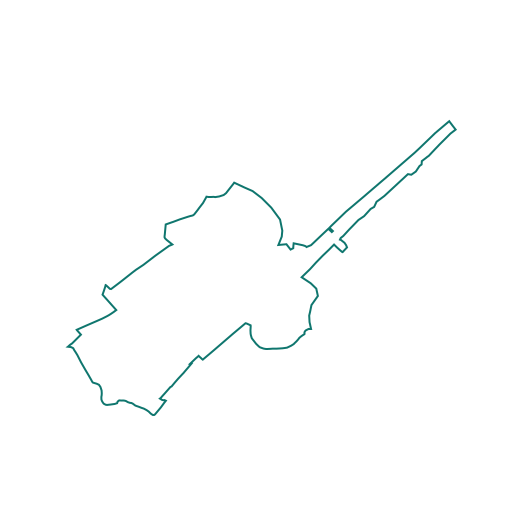 outline of Darasti-Ilfov, Giurgiu, Romania, rotated 198°
{"feature_id": "2599482B23648906177266", "entity_name": "Darasti-Ilfov", "entity_type": "district", "adm_level": 2, "iso_a3": "ROU", "parent_name": "Romania", "parent_adm1": "Giurgiu", "projection": "albers", "projection_center": [26.019, 44.304], "detail": "fine", "context": "isolated", "style": "outline", "palette": "teal", "viewbox_px": 512, "rotation_deg": 198, "n_neighbors": 0, "source": "geoboundaries", "source_scale": "gbopen_adm2", "svg_char_len": 4051}
<svg xmlns="http://www.w3.org/2000/svg" viewBox="0 0 512 512"><g transform="rotate(198 256 256)"><path d="M113.9,443.9L123.6,428.2L133.6,409.4L137.1,403.1L155.3,372.9L169.7,349.3L171.2,346.8L184.1,326.0L187.4,319.8L193.8,307.8L194.9,305.5L190.6,303.5L191.3,302.2L195.4,304.1L195.6,304.2L196.0,303.5L201.3,293.8L205.4,286.2L207.0,283.3L210.7,280.2L210.9,280.4L212.5,280.7L214.8,280.7L218.6,280.3L224.1,279.7L223.6,277.3L223.0,274.9L225.1,272.8L230.7,276.6L238.1,273.4L237.5,282.4L238.8,288.2L244.4,298.1L256.4,306.7L268.5,312.9L279.3,316.7L288.3,317.6L299.4,319.0L299.9,317.4L302.6,310.1L303.9,306.5L305.6,304.0L308.5,301.9L309.3,301.3L313.0,299.4L313.7,299.3L314.5,299.2L315.0,299.0L317.3,298.1L319.2,297.5L319.6,297.4L320.9,297.2L321.4,297.1L321.4,296.9L322.8,289.9L322.9,289.7L325.3,283.0L325.3,282.8L326.2,280.3L327.6,276.5L328.4,275.3L329.6,274.4L330.4,274.0L332.0,272.9L333.0,272.2L339.2,267.7L339.5,267.5L345.9,262.4L346.1,262.3L351.6,258.1L349.4,248.3L349.2,247.2L348.9,245.9L348.6,245.3L347.8,244.6L346.0,243.7L339.1,241.1L339.5,240.7L341.8,238.8L351.6,225.5L353.2,223.2L360.4,212.7L365.8,205.9L368.8,201.6L368.9,201.4L370.3,199.3L372.5,196.0L374.9,192.4L375.7,191.2L378.5,187.1L383.6,179.8L384.8,179.6L387.3,180.8L389.6,181.8L389.9,181.9L390.0,181.9L390.0,181.5L389.9,180.0L389.9,179.1L389.9,177.7L389.9,177.0L389.9,176.4L389.9,175.3L390.0,171.8L372.2,161.4L374.1,158.7L376.2,156.0L377.7,154.2L379.1,152.7L382.8,149.0L385.7,146.4L396.0,137.3L403.7,130.4L403.3,130.1L398.2,127.1L399.8,124.0L402.8,118.1L403.6,116.6L403.8,116.1L405.1,114.5L405.9,113.2L406.6,111.9L406.8,111.6L404.2,112.1L403.6,112.2L402.5,112.0L401.3,111.8L399.8,110.3L397.9,108.8L395.3,106.6L393.8,105.1L389.5,100.8L386.2,97.8L383.0,94.9L379.1,91.5L375.9,88.6L374.9,87.7L372.8,85.7L371.9,85.2L368.0,85.3L365.6,85.0L363.5,83.4L361.3,80.4L360.3,77.9L359.8,76.1L359.5,74.1L358.7,71.8L357.8,70.6L356.5,69.4L355.2,68.5L354.2,68.3L353.1,68.1L351.7,68.3L348.6,69.7L344.7,71.6L342.6,73.1L342.6,74.8L341.5,76.4L339.1,77.0L337.8,77.5L336.4,77.8L335.0,77.9L332.6,77.4L330.4,77.4L329.1,77.7L327.6,77.5L325.8,76.9L324.7,76.5L323.4,76.4L321.4,76.4L319.4,76.3L317.8,76.2L315.6,76.2L312.3,75.6L311.1,75.2L310.2,75.0L309.2,74.5L307.6,73.7L306.5,73.3L305.3,73.0L304.8,72.9L304.2,73.2L303.6,73.4L303.1,74.2L300.9,79.6L299.7,82.6L298.0,87.8L297.0,90.5L298.5,90.7L299.5,90.2L300.9,90.1L303.3,90.7L302.7,91.6L301.7,94.0L300.4,96.9L296.9,105.0L296.0,105.8L294.1,110.6L292.1,115.3L289.1,121.7L288.9,122.0L288.2,123.8L285.3,130.8L284.2,133.5L285.3,133.2L281.6,140.1L279.9,142.9L279.7,143.3L279.2,143.0L277.1,142.1L275.5,141.3L274.9,141.1L274.6,141.0L267.1,153.1L254.6,173.7L254.5,173.9L245.2,188.8L244.1,188.9L239.7,188.4L239.3,187.4L238.3,183.6L237.1,180.4L236.4,179.1L235.1,177.2L234.5,176.4L233.9,176.0L230.5,173.7L228.9,172.6L226.9,171.6L225.0,170.7L224.1,170.4L221.3,170.3L220.0,170.3L218.0,170.6L216.9,170.9L214.0,172.0L211.8,172.9L207.6,174.3L203.8,175.8L202.1,176.5L200.4,177.3L198.2,178.4L197.1,179.4L194.9,181.5L192.9,183.9L192.4,185.0L191.1,187.4L190.1,189.7L189.5,191.5L188.9,192.5L188.2,193.6L187.3,194.8L186.4,195.9L185.8,196.6L185.8,196.9L186.0,197.6L186.2,197.9L186.3,198.7L186.0,200.0L185.5,200.8L183.7,202.6L183.4,202.9L182.2,203.2L181.1,203.6L181.3,203.9L182.0,205.2L182.1,205.3L183.4,207.6L184.4,209.2L184.7,209.8L187.0,215.8L187.3,219.5L188.1,226.5L184.8,237.1L188.6,243.6L193.7,246.1L195.6,247.0L206.0,249.9L200.6,260.1L196.9,268.3L193.1,276.0L192.6,277.0L188.6,284.4L185.9,289.8L185.3,291.0L181.7,289.2L177.9,287.5L175.5,286.5L174.9,286.4L174.8,286.5L174.0,288.3L172.1,292.3L173.6,294.1L175.9,295.9L179.1,297.1L180.1,297.5L181.2,297.5L181.0,299.3L179.2,302.0L175.4,310.3L173.7,313.7L171.9,317.4L169.7,321.9L165.5,327.3L161.5,336.2L158.8,339.2L158.1,344.9L156.6,346.9L152.5,352.7L136.8,380.8L133.4,381.3L130.1,385.7L128.3,392.1L126.8,394.2L127.6,397.5L126.3,399.4L124.9,401.4L123.6,403.4L123.1,404.0L122.6,404.7L118.7,413.0L116.6,417.3L116.5,417.6L115.6,419.4L108.9,432.5L105.2,437.9L108.9,440.4L113.5,443.6L113.9,443.9Z" fill="none" stroke="#0f766e" stroke-width="2"/></g></svg>